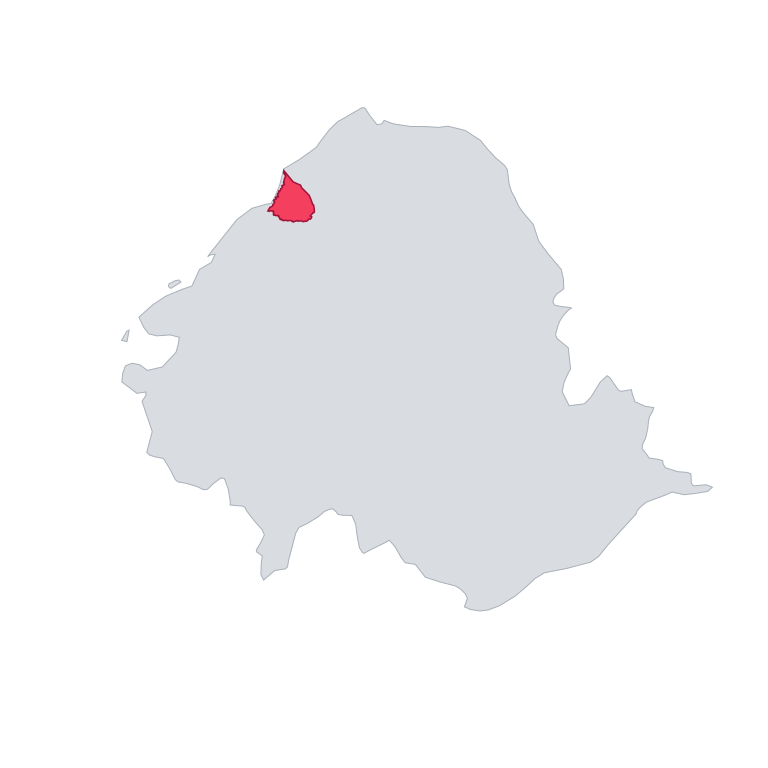 Samlout, Batdâmbâng, Cambodia (highlighted), rotated 62°
{"feature_id": "14789045B92123585900172", "entity_name": "Samlout", "entity_type": "district", "adm_level": 2, "iso_a3": "KHM", "parent_name": "Cambodia", "parent_adm1": "Batdâmbâng", "projection": "natural_earth1", "projection_center": [102.824, 12.565], "detail": "fine", "context": "in_parent", "style": "filled", "palette": "rose", "viewbox_px": 768, "rotation_deg": 62, "n_neighbors": 0, "source": "geoboundaries", "source_scale": "gbopen_adm2", "svg_char_len": 7710}
<svg xmlns="http://www.w3.org/2000/svg" viewBox="0 0 768 768"><g transform="rotate(62 384 384)"><path d="M629.3,142.5L630.8,148.7L626.8,160.4L622.6,171.1L614.6,180.4L614.2,187.2L611.5,207.6L612.7,214.1L614.6,219.7L617.2,222.6L624.3,242.6L630.8,260.8L637.1,275.7L638.3,285.1L632.7,309.0L626.0,331.0L626.7,341.9L629.6,352.9L632.8,367.5L634.0,386.1L632.4,398.3L629.4,405.9L623.6,413.6L618.5,417.6L612.4,411.0L607.5,410.7L601.0,412.7L595.9,415.7L585.5,427.1L574.0,438.2L558.0,441.0L551.8,449.2L545.2,450.3L532.5,450.7L524.3,452.7L524.6,456.8L524.0,476.3L524.2,480.9L522.9,482.1L517.2,482.6L507.5,479.7L494.4,474.8L485.0,474.1L480.2,482.6L477.4,485.9L473.8,486.4L470.1,487.9L468.9,491.7L468.6,496.4L470.4,504.6L471.1,517.4L470.7,526.2L474.1,531.8L494.3,550.5L500.2,555.1L500.9,557.9L497.4,568.1L500.6,582.4L494.3,582.1L483.8,576.0L478.7,572.2L472.7,575.2L470.6,574.7L466.4,567.6L461.0,560.4L455.5,560.0L443.8,562.8L431.9,564.8L427.3,564.8L425.5,566.1L418.6,576.7L415.6,574.9L403.6,570.8L392.6,569.3L390.4,572.0L391.7,580.8L394.1,589.3L392.7,592.9L386.7,597.3L378.7,605.4L373.9,611.7L370.5,613.2L358.3,612.9L346.2,613.7L341.4,619.7L336.8,624.3L332.9,625.5L317.1,610.9L285.7,605.8L282.2,599.4L279.2,598.1L276.3,606.5L259.1,614.5L251.9,609.7L246.6,603.8L247.4,596.6L252.3,590.7L260.9,586.5L264.9,571.7L258.3,552.7L252.6,547.2L246.6,542.8L240.2,549.9L234.9,561.9L229.3,568.1L221.5,569.5L209.9,569.0L205.5,551.0L204.0,535.6L205.6,518.0L207.3,507.5L196.2,493.1L195.6,479.4L190.2,472.3L188.7,475.9L188.8,479.9L187.3,477.0L169.8,436.8L166.9,418.1L169.9,403.7L171.6,398.9L166.6,391.4L159.5,382.8L147.0,371.5L146.1,353.7L143.3,332.7L139.6,325.6L133.8,312.7L130.7,301.9L129.7,273.6L131.3,271.3L140.2,270.5L151.6,268.5L153.3,263.9L151.3,260.1L158.6,253.7L169.1,239.6L177.1,224.9L182.9,215.7L186.4,206.5L198.1,193.4L214.3,184.4L225.3,182.3L236.7,179.2L247.6,174.9L252.8,174.5L266.4,179.7L273.8,181.1L281.5,181.0L289.5,181.6L296.5,181.0L313.1,177.3L330.8,180.3L346.6,177.9L366.1,173.7L375.7,176.4L384.4,180.6L385.7,189.3L387.7,193.2L390.6,196.3L394.5,196.3L399.5,190.2L403.6,184.0L405.0,182.9L405.2,185.9L407.3,192.7L411.0,199.3L414.8,203.7L421.1,209.5L425.2,209.8L438.5,204.3L458.5,212.3L460.9,216.3L467.4,224.5L474.4,230.3L490.1,230.7L495.6,216.3L492.8,207.5L483.9,192.3L481.4,183.2L484.3,181.6L499.3,179.9L501.8,178.2L505.1,168.2L509.2,169.4L517.5,170.7L526.3,163.9L531.5,156.8L534.4,160.0L537.6,165.0L541.0,167.9L547.4,172.2L554.4,178.2L558.8,184.1L562.3,186.4L571.2,184.8L573.6,185.0L578.8,177.8L582.4,173.9L585.5,175.1L590.0,174.9L599.3,165.8L604.6,157.5L607.5,155.2L615.9,159.3L619.3,158.5L624.1,147.0L629.3,142.5ZM199.5,527.3L197.8,528.3L196.2,528.3L194.6,526.7L194.7,520.2L195.9,516.2L198.7,515.5L199.5,527.3ZM225.9,591.0L222.3,595.3L216.7,586.4L216.8,583.8L225.9,591.0Z" fill="#d9dde1" stroke="#a8b0b8" stroke-width="1"/><path d="M169.3,364.3L163.0,369.3L148.7,372.2L148.9,372.3L149.0,372.4L149.2,372.5L149.4,372.9L149.7,373.0L149.9,373.2L150.1,373.4L150.4,373.4L150.5,373.5L150.8,373.5L151.3,373.0L151.5,373.1L151.8,373.1L152.0,373.4L152.1,373.5L152.5,373.4L152.9,373.2L153.2,373.0L153.3,372.9L153.5,372.9L153.6,373.0L153.8,373.3L154.4,373.3L154.7,373.4L154.8,373.6L154.8,374.1L154.9,374.3L155.3,374.5L155.4,374.8L155.5,374.9L155.8,375.0L155.9,375.3L156.0,375.4L156.0,375.5L156.3,375.6L156.6,376.0L156.8,376.0L157.2,376.2L157.2,376.3L157.3,376.5L157.6,376.8L157.8,377.0L158.1,377.5L158.3,377.6L158.5,377.7L159.0,377.6L159.4,377.8L159.5,378.0L159.4,378.3L159.5,378.3L159.8,378.3L160.3,378.2L160.5,378.2L160.8,378.1L161.1,378.2L161.2,378.7L161.2,378.9L161.3,379.5L161.2,379.8L160.9,379.9L160.9,380.0L161.0,380.5L160.9,380.9L160.9,381.0L161.1,381.2L161.3,381.2L161.5,381.4L162.0,381.3L162.4,381.4L162.5,381.3L162.7,381.6L163.0,382.1L163.1,382.4L163.1,382.6L163.1,382.8L163.2,383.1L163.1,383.4L163.1,383.5L163.4,383.7L163.9,384.0L164.1,384.3L164.4,384.6L164.5,384.8L164.8,385.2L164.8,385.3L164.5,385.5L164.3,385.7L164.1,385.8L164.1,386.1L164.2,386.4L164.3,386.4L164.4,386.5L164.6,386.4L164.8,386.4L165.1,386.7L165.4,386.9L165.5,387.0L165.6,387.4L166.0,387.6L165.9,387.8L165.8,388.0L165.9,388.4L166.0,388.4L166.4,388.3L166.7,388.4L166.8,388.5L166.8,388.8L166.7,389.0L166.9,389.3L167.0,389.4L167.2,389.5L167.4,389.7L167.6,389.8L167.8,389.8L168.0,389.8L168.1,389.6L168.3,389.4L168.6,389.2L169.0,389.2L169.1,389.4L169.1,389.6L168.9,389.8L168.8,390.1L168.5,390.4L168.5,390.6L168.7,390.9L168.7,391.1L168.3,391.5L168.2,391.6L168.2,391.9L168.2,392.1L168.3,392.2L168.4,392.3L168.7,392.2L168.8,391.9L169.1,391.7L169.4,391.8L169.5,391.8L169.6,392.0L169.9,392.3L170.1,392.6L169.9,393.1L169.8,393.4L169.9,393.7L169.8,394.1L169.8,394.3L169.8,394.5L170.2,394.4L170.4,394.6L170.5,394.9L170.5,395.0L170.5,395.3L170.8,395.2L171.0,394.9L171.2,395.0L171.4,395.6L171.6,395.6L171.8,395.4L172.2,395.6L172.5,395.5L172.7,395.8L172.8,396.2L172.9,396.4L172.9,396.5L173.0,397.2L173.1,397.3L173.3,397.8L173.5,398.0L173.7,397.9L173.8,397.8L174.1,398.0L174.1,398.4L174.2,398.6L174.4,398.9L174.4,399.1L174.5,399.4L174.6,399.8L174.6,400.1L174.6,400.4L174.6,400.7L174.6,401.1L174.5,401.3L174.4,401.4L174.4,401.5L174.7,402.2L174.9,402.4L175.0,402.6L175.3,403.0L175.5,403.7L175.8,404.1L175.9,404.3L176.3,404.6L176.7,404.8L176.8,405.2L177.2,404.8L177.3,404.6L177.7,404.4L177.8,404.1L177.7,403.8L177.7,403.7L177.7,403.2L177.9,402.6L178.1,402.4L178.3,402.3L178.4,402.2L178.5,402.1L178.5,401.6L178.9,401.4L179.1,401.1L179.3,400.9L179.3,400.6L179.7,400.4L179.9,400.8L180.0,400.9L180.4,400.8L180.5,400.9L180.8,401.0L181.0,401.1L180.9,401.2L180.9,401.3L181.4,401.5L181.6,401.6L182.0,401.8L182.6,402.1L182.9,402.2L183.0,402.2L183.0,401.7L183.2,401.4L183.3,401.2L183.5,401.0L183.8,401.1L183.9,400.9L183.8,400.5L184.1,400.3L184.3,400.2L184.3,400.3L184.5,400.4L184.6,400.2L184.5,399.9L184.8,399.7L185.1,399.5L185.2,399.2L185.4,399.1L185.5,398.8L185.5,398.7L185.8,398.6L185.8,398.3L185.8,398.2L186.0,398.1L186.3,398.4L186.5,398.4L186.6,398.5L187.0,398.5L187.0,398.3L187.3,398.4L187.5,398.4L187.6,398.2L188.1,398.1L188.4,398.2L188.6,398.3L188.7,398.2L188.8,398.2L189.0,398.2L189.1,398.3L189.3,398.4L189.5,398.5L189.7,398.3L189.8,398.3L189.9,398.2L190.1,398.2L190.3,397.9L190.5,397.8L190.4,397.6L190.5,397.6L190.4,397.3L190.5,397.3L190.8,397.0L191.0,397.0L191.3,396.9L191.5,396.7L192.0,396.6L192.1,396.4L192.2,396.5L192.5,396.3L192.6,396.1L192.6,395.9L192.6,395.7L192.6,395.4L193.0,394.8L193.1,394.5L193.3,394.1L193.4,393.7L193.5,393.6L193.8,393.5L193.9,393.1L194.0,393.0L194.3,392.8L194.5,392.7L194.7,392.4L194.8,392.3L195.4,390.2L195.6,389.9L195.7,389.7L195.9,389.6L196.1,389.5L196.2,389.4L196.5,388.9L196.8,389.0L197.1,388.9L197.3,388.9L197.5,388.5L197.6,388.3L197.9,388.1L198.3,388.1L198.5,387.9L198.3,387.6L198.3,387.4L198.4,387.1L198.6,386.3L198.8,385.6L198.9,385.2L198.8,384.7L198.8,384.4L198.9,383.9L199.0,383.8L199.2,383.7L199.6,383.7L200.0,383.1L200.1,382.9L200.3,382.7L200.5,382.3L200.5,381.9L200.6,381.5L201.1,380.5L201.3,380.3L201.5,380.1L201.8,380.0L202.0,380.0L202.4,379.3L202.8,379.0L202.9,378.8L203.0,378.2L203.2,377.4L203.3,377.1L203.7,376.7L203.8,376.4L203.8,375.9L203.8,375.7L203.9,375.4L203.9,375.0L203.6,374.0L203.5,373.7L203.2,373.5L203.2,373.2L203.1,372.9L203.2,372.5L203.5,372.2L203.7,371.8L203.9,371.6L203.8,371.4L203.7,371.0L203.2,370.0L202.9,369.8L202.7,369.5L202.5,369.3L202.2,369.4L202.0,369.6L201.9,369.7L201.6,369.7L201.4,369.8L201.2,369.9L201.0,370.0L200.9,370.1L200.0,367.5L200.0,367.2L199.5,366.5L199.4,366.4L199.5,366.1L199.6,365.8L199.8,365.6L199.7,365.2L199.6,364.8L199.5,364.7L197.6,363.8L197.4,363.7L197.0,363.6L196.4,363.3L193.9,362.4L192.9,362.2L192.7,362.3L192.5,362.5L192.0,362.8L191.8,362.5L191.4,362.5L186.0,361.8L182.2,361.5L173.2,364.2L171.9,364.6L169.3,364.3Z" fill="#f43f5e" stroke="#9f1239" stroke-width="1.5"/></g></svg>